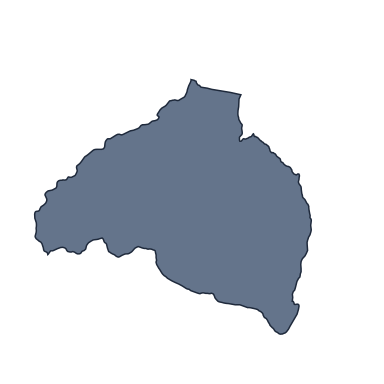 outline of Venecia, Cundinamarca, Colombia, rotated 20°
{"feature_id": "7082276B51616381865711", "entity_name": "Venecia", "entity_type": "district", "adm_level": 2, "iso_a3": "COL", "parent_name": "Colombia", "parent_adm1": "Cundinamarca", "projection": "robinson", "projection_center": [-74.456, 4.07], "detail": "fine", "context": "isolated", "style": "filled", "palette": "slate", "viewbox_px": 384, "rotation_deg": 20, "n_neighbors": 0, "source": "geoboundaries", "source_scale": "gbopen_adm2", "svg_char_len": 6005}
<svg xmlns="http://www.w3.org/2000/svg" viewBox="0 0 384 384"><g transform="rotate(20 192 192)"><path d="M210.4,106.2L209.2,104.6L208.4,103.0L207.4,99.8L206.7,96.0L204.5,88.9L204.4,88.3L204.7,83.9L194.1,85.3L175.4,88.8L170.9,89.2L164.8,90.4L164.1,90.2L162.6,89.3L161.4,89.4L160.6,89.2L158.8,87.9L158.2,86.9L157.8,86.5L157.0,86.6L155.9,86.3L152.7,86.7L152.9,87.0L153.0,88.3L153.0,89.6L152.6,93.3L152.7,97.7L153.0,99.1L153.0,100.9L152.6,104.7L152.1,105.7L149.2,109.1L148.2,110.5L147.8,110.6L146.9,111.1L144.4,111.3L142.9,112.2L142.2,112.5L141.5,113.1L139.8,114.1L138.1,119.3L137.4,120.5L135.0,123.4L134.0,125.5L132.9,130.5L132.9,131.5L133.3,132.0L135.0,132.5L135.4,132.9L135.4,133.9L135.3,134.7L134.8,135.8L134.6,136.1L133.5,137.1L132.7,137.7L130.9,138.7L130.2,139.3L128.1,142.8L127.6,143.3L125.0,144.7L122.4,145.8L121.9,146.3L121.3,147.0L120.6,149.1L120.2,150.0L119.2,151.1L116.0,153.9L113.2,155.6L112.1,156.7L107.3,161.7L106.1,162.5L103.9,162.6L102.5,163.2L101.3,164.4L97.1,169.8L95.9,170.4L94.8,170.7L94.3,171.2L93.7,172.8L93.4,174.2L93.6,175.9L94.5,179.6L94.2,181.2L94.0,181.7L92.7,182.7L91.2,183.3L88.9,184.1L86.7,185.0L85.5,185.8L84.6,187.0L81.5,192.4L80.3,194.2L79.6,195.0L79.2,195.7L78.9,196.6L77.8,200.7L77.3,202.3L76.8,203.7L74.9,206.8L74.9,207.6L75.0,208.2L75.4,209.0L76.7,210.9L77.0,211.8L76.9,214.1L76.6,216.1L76.4,216.6L73.6,219.5L72.3,219.9L70.8,220.1L70.5,220.4L69.9,223.1L69.4,223.7L68.2,224.4L66.5,224.8L66.1,225.3L64.3,226.0L63.4,226.6L62.8,227.2L62.2,228.3L62.1,228.9L62.1,229.8L63.0,232.8L63.0,234.3L62.7,235.0L60.0,238.0L58.7,238.8L56.4,240.2L55.3,241.9L54.7,243.5L54.8,245.0L57.7,248.0L58.2,248.8L58.5,250.1L58.4,252.1L57.9,253.4L56.9,255.3L56.3,256.0L55.2,257.6L54.9,259.7L54.9,261.1L54.7,261.8L54.3,262.4L52.1,263.6L51.7,264.2L51.5,264.8L51.6,265.8L51.7,266.6L53.3,270.4L56.2,274.1L57.0,275.9L57.5,277.4L57.9,279.3L59.0,281.7L59.4,283.4L59.7,287.1L60.0,287.8L60.7,288.5L61.6,289.2L64.8,290.3L65.3,290.6L66.3,290.6L67.1,290.8L68.6,291.8L71.3,295.2L72.4,297.1L72.8,297.5L73.4,298.0L74.0,298.1L75.7,298.2L76.6,298.4L77.4,299.3L77.9,300.1L78.1,299.7L79.2,295.8L79.8,295.4L81.0,295.0L81.8,294.4L84.8,291.4L87.5,289.1L89.4,288.2L91.5,288.0L92.3,288.3L93.0,288.5L93.6,289.0L93.9,289.4L94.9,290.1L95.7,290.4L97.9,290.1L99.1,289.7L100.2,288.8L100.7,288.7L102.3,288.7L104.1,289.2L105.4,289.3L106.4,289.0L107.7,288.4L108.3,287.6L108.6,287.0L108.8,285.8L109.1,285.2L110.7,283.8L111.6,282.0L111.2,278.3L111.8,276.0L112.2,275.0L114.0,272.6L115.5,270.9L116.5,270.3L118.9,269.1L120.2,268.3L121.0,267.6L123.2,266.0L124.1,266.2L125.4,267.4L126.1,268.4L127.0,269.2L127.5,269.4L128.6,269.6L129.5,270.2L131.8,273.7L134.1,276.5L135.1,276.6L136.7,277.1L138.7,277.4L140.9,277.5L141.1,277.7L142.8,278.3L144.1,278.4L144.9,278.4L146.0,277.7L147.9,275.4L150.1,273.3L151.2,272.7L152.7,272.1L153.4,271.7L154.1,271.0L155.6,269.1L156.1,268.1L157.3,265.0L157.9,263.9L160.0,261.7L161.6,261.6L164.3,261.6L166.4,261.4L168.1,260.8L168.6,260.8L169.4,260.9L170.4,260.7L171.4,260.1L172.4,259.8L173.6,259.6L174.3,259.6L175.2,259.7L176.8,259.6L177.4,259.8L177.7,260.2L178.8,262.0L179.8,263.4L180.7,265.9L182.1,268.3L182.1,269.6L182.3,269.8L182.3,270.4L183.6,272.2L187.1,275.2L187.7,275.5L191.3,278.4L192.7,279.3L194.7,280.2L196.1,280.4L198.6,281.5L203.6,282.4L207.5,282.8L211.0,283.0L215.0,283.6L219.9,284.7L221.1,284.7L222.5,284.4L223.6,284.8L224.6,285.1L231.1,285.1L233.5,285.0L234.4,284.8L235.0,284.1L236.2,283.3L237.1,282.9L239.8,282.5L240.9,282.0L242.6,281.7L243.7,281.4L244.6,280.6L245.2,280.4L247.1,280.6L248.7,282.2L249.8,283.6L251.2,284.5L253.5,285.7L254.4,285.9L255.2,285.9L258.1,285.5L259.7,285.4L262.1,285.0L264.7,284.3L271.2,283.2L275.5,281.6L283.9,281.6L285.1,281.1L286.9,280.7L291.7,280.1L293.6,280.0L294.5,280.2L295.0,280.6L297.6,280.9L299.6,281.7L300.3,282.3L301.2,283.6L303.0,285.2L304.1,285.3L305.2,285.6L306.9,286.8L307.9,287.9L310.4,289.9L310.9,290.6L314.0,292.1L315.0,292.4L316.1,293.1L317.0,293.9L318.1,294.5L319.7,294.7L320.2,294.7L322.2,295.4L323.5,295.4L325.7,294.4L326.5,293.5L327.7,292.6L328.6,291.1L329.6,287.8L330.0,284.7L332.5,270.9L332.2,266.0L331.6,262.6L331.0,261.6L330.0,261.2L329.2,261.4L327.6,262.3L327.0,262.5L326.5,262.5L325.6,261.2L325.0,260.6L324.4,260.2L323.6,260.4L322.7,256.6L321.3,253.8L321.2,251.6L321.4,250.5L322.0,249.2L321.9,246.8L321.2,240.2L321.7,236.6L322.4,235.3L322.3,234.0L321.8,231.9L321.8,229.7L320.7,226.7L319.0,222.9L318.3,220.0L318.4,218.1L318.6,216.8L320.0,213.5L320.4,210.8L320.6,207.4L317.8,201.1L317.7,200.7L317.3,199.8L317.3,199.0L317.1,197.9L317.1,196.8L317.0,194.6L317.5,191.9L317.3,188.5L317.0,186.8L315.0,182.9L314.5,181.0L314.5,180.5L314.2,179.6L314.0,178.5L313.6,177.4L312.8,176.5L312.2,176.2L311.6,175.7L311.2,174.1L310.9,173.4L310.1,172.3L307.9,168.5L306.9,166.4L306.6,165.5L305.1,163.9L304.0,163.5L300.7,160.5L298.5,159.5L297.7,159.0L296.9,157.5L296.2,156.5L295.7,155.9L293.9,152.4L293.5,151.4L292.7,149.9L292.1,149.3L289.6,147.6L288.6,146.3L288.4,145.5L288.2,143.5L287.7,141.7L287.5,140.3L287.1,139.4L286.6,139.0L286.5,138.7L285.6,138.7L285.2,138.9L284.4,140.0L284.1,140.3L281.6,140.2L279.1,138.7L278.3,137.2L276.0,135.4L274.1,135.0L272.6,135.3L271.1,135.2L269.0,134.5L267.2,133.3L265.9,133.3L265.4,133.1L264.8,132.6L263.7,130.9L263.1,130.5L259.8,129.6L258.9,129.1L258.2,128.4L257.3,127.8L255.8,127.6L255.2,127.3L254.4,127.3L253.8,127.8L253.1,127.8L252.1,127.2L251.2,126.6L250.7,125.8L250.5,125.3L249.3,124.1L248.9,123.4L247.9,122.7L247.4,122.7L245.6,121.9L243.6,122.0L241.7,121.0L240.6,120.9L239.4,120.3L238.9,120.4L234.9,118.3L234.0,118.5L232.8,118.0L232.0,118.5L231.8,118.5L231.4,118.3L230.3,116.7L229.8,116.3L229.6,116.5L229.6,116.9L229.3,117.6L228.9,119.4L228.7,119.7L227.1,120.9L226.2,122.2L224.4,123.8L223.7,124.2L222.5,124.2L222.0,124.5L221.6,125.3L221.0,127.2L220.5,127.6L219.5,127.9L218.8,126.9L217.9,124.5L217.9,124.0L218.5,122.7L218.6,122.0L219.0,121.6L219.2,121.0L219.1,119.5L218.2,117.6L217.0,115.5L216.6,114.0L216.5,112.7L216.0,111.5L214.3,110.6L211.1,107.7L210.4,106.2Z" fill="#64748b" stroke="#1e293b" stroke-width="1.5"/></g></svg>